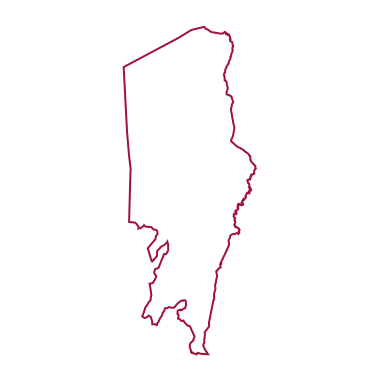 the district of Asuogyaman, Eastern, Ghana, rotated 354°
{"feature_id": "2480657B37277876999120", "entity_name": "Asuogyaman", "entity_type": "district", "adm_level": 2, "iso_a3": "GHA", "parent_name": "Ghana", "parent_adm1": "Eastern", "projection": "equal_earth", "projection_center": [0.144, 6.363], "detail": "fine", "context": "isolated", "style": "outline", "palette": "rose", "viewbox_px": 384, "rotation_deg": 354, "n_neighbors": 0, "source": "geoboundaries", "source_scale": "gbopen_adm2", "svg_char_len": 6050}
<svg xmlns="http://www.w3.org/2000/svg" viewBox="0 0 384 384"><g transform="rotate(354 192 192)"><path d="M253.8,162.9L253.6,162.4L252.9,162.1L252.5,160.7L251.9,159.8L250.5,158.4L249.7,158.1L246.9,154.9L245.7,154.5L244.8,153.4L242.1,152.0L236.1,145.5L236.4,144.5L238.8,140.1L240.7,133.3L240.8,131.7L241.0,131.3L240.4,129.3L239.3,113.8L240.4,111.1L240.8,109.1L242.2,107.2L242.4,106.7L241.7,103.7L241.3,103.0L241.4,101.8L241.2,101.2L240.9,100.8L240.2,100.6L239.8,99.9L236.9,98.7L236.6,98.1L236.6,97.4L237.0,95.9L238.2,93.5L238.4,91.6L238.3,90.7L237.8,88.9L238.0,86.7L237.8,85.9L236.8,84.6L236.2,84.5L236.4,80.9L236.4,80.4L235.9,79.3L236.2,78.7L236.2,78.2L236.6,77.2L237.4,76.4L237.8,74.0L238.1,73.4L239.1,72.2L239.2,71.3L241.0,68.9L241.7,68.3L241.7,67.8L242.0,67.6L242.2,66.7L243.3,64.5L244.2,63.4L244.4,62.3L244.3,61.6L244.8,61.3L245.2,60.9L245.4,59.0L246.4,57.6L246.6,56.7L247.1,56.2L247.3,55.2L247.1,53.1L248.3,51.2L248.3,50.9L247.8,50.2L247.8,48.8L247.6,47.3L247.3,46.8L245.7,45.9L246.3,44.3L246.2,44.1L245.7,43.9L245.8,43.3L246.1,43.1L246.2,42.6L245.6,41.1L245.4,39.5L244.4,39.7L244.2,38.7L243.4,38.3L243.1,38.6L242.8,38.1L242.4,38.2L242.5,37.2L242.0,36.9L241.8,36.4L241.2,36.3L239.9,37.3L239.5,37.2L239.0,37.6L238.3,37.7L234.8,36.9L227.8,34.9L224.3,31.8L222.7,31.1L222.3,30.6L222.3,30.0L221.3,29.0L208.3,30.8L194.7,37.3L137.1,60.6L133.7,125.3L133.2,148.5L133.4,162.5L131.6,175.2L126.3,215.3L132.0,216.4L133.6,218.0L134.0,219.1L134.7,219.8L135.1,221.2L134.9,222.3L135.3,222.0L136.3,222.6L136.7,222.7L140.2,220.8L140.8,220.0L141.1,220.6L142.4,221.5L143.3,221.9L147.9,222.6L149.0,224.3L150.0,225.3L152.4,226.0L153.3,227.1L153.3,230.3L151.5,232.0L150.6,235.2L142.1,243.3L144.2,254.3L144.4,254.5L144.4,255.2L144.6,255.6L144.7,256.7L145.2,256.9L150.5,252.1L151.1,247.2L153.3,245.2L153.5,245.2L153.8,245.0L154.7,243.8L155.3,243.4L158.1,242.2L158.8,241.7L160.0,241.1L161.0,240.3L161.6,239.4L162.2,239.3L162.3,239.1L162.8,241.4L162.3,247.4L161.9,248.1L159.6,251.2L157.7,250.8L150.8,263.9L147.1,265.0L145.9,268.6L147.7,272.2L145.9,275.4L143.4,278.4L140.2,278.8L140.5,281.3L140.8,290.8L140.1,292.2L139.4,295.5L138.9,296.0L137.5,297.0L135.2,300.3L133.4,302.0L133.1,303.3L132.0,305.2L131.8,306.2L129.5,310.5L131.4,312.3L133.7,312.0L135.9,310.4L137.8,311.6L138.8,316.0L138.7,319.5L141.0,319.6L142.0,319.9L142.7,320.7L143.2,320.6L144.0,318.8L144.8,318.0L147.2,314.0L149.2,311.8L150.1,309.4L150.4,308.8L152.1,307.4L152.6,305.3L153.0,304.9L153.6,304.7L155.3,305.0L156.9,304.0L159.1,304.8L162.0,305.2L166.3,301.1L170.1,298.9L170.8,299.0L171.4,299.3L172.7,298.7L173.8,299.1L174.3,299.7L174.5,303.3L172.9,306.9L171.7,307.1L170.4,307.7L169.8,308.3L168.7,307.9L168.2,308.4L167.6,307.9L166.3,308.1L165.7,308.4L165.2,308.9L164.8,311.7L165.4,311.9L165.5,312.9L165.7,313.2L165.8,313.4L165.5,313.8L165.4,314.8L164.8,316.4L165.4,316.6L165.8,316.9L166.3,316.9L167.7,318.9L168.9,319.3L169.3,318.9L169.8,318.9L170.6,319.9L171.1,321.3L172.0,322.0L172.7,323.2L173.5,324.4L174.0,324.7L175.1,324.6L175.6,324.8L176.7,327.5L177.1,329.2L178.1,331.8L178.4,333.2L179.0,334.9L179.5,335.7L179.3,336.6L178.1,338.2L178.0,338.9L178.2,339.3L178.0,339.5L176.7,340.7L175.4,341.4L174.0,343.2L173.6,344.7L173.6,346.3L174.3,349.0L174.5,351.8L175.2,352.0L175.8,351.7L176.0,351.9L176.3,352.6L178.2,353.2L179.2,353.9L180.0,353.8L180.2,353.0L181.4,352.6L182.6,353.4L183.9,353.8L187.4,354.5L191.0,355.0L188.3,349.9L187.1,345.5L187.9,343.8L188.6,343.1L188.7,340.0L189.0,339.0L189.2,338.8L190.0,334.5L189.9,332.8L194.7,327.8L195.1,325.9L195.2,323.7L202.1,301.6L202.6,301.4L202.8,301.1L203.1,298.2L203.2,296.0L205.2,290.8L205.2,286.9L206.0,285.3L207.1,281.2L208.2,278.5L207.8,273.6L208.3,272.8L208.8,272.7L209.2,272.2L209.9,271.9L209.9,271.5L210.4,271.2L211.2,270.4L211.8,270.1L212.5,270.1L212.4,268.4L212.5,267.9L212.5,267.6L212.9,267.3L212.8,267.1L213.3,266.8L213.1,266.4L213.3,266.2L213.0,266.1L213.2,265.9L213.1,265.6L218.7,256.5L223.5,248.2L223.2,244.3L224.6,242.0L225.0,240.8L225.6,239.4L226.3,238.8L227.1,238.4L228.7,238.1L230.6,238.2L231.8,237.6L232.3,237.6L233.3,237.8L233.4,238.1L233.7,238.2L233.7,238.4L233.8,238.5L234.1,237.7L234.3,237.9L234.8,237.5L234.7,237.1L234.8,236.5L234.3,235.8L234.8,235.4L234.9,234.6L235.3,234.5L235.1,234.0L234.5,232.9L233.5,232.4L232.6,231.4L231.9,231.7L231.5,231.6L231.1,229.7L230.6,229.4L230.6,228.8L231.2,228.2L231.6,227.1L232.0,226.5L231.6,225.4L231.6,225.0L231.3,224.8L231.3,224.6L231.6,224.6L231.5,223.6L232.2,222.3L231.3,221.6L230.8,220.6L231.2,219.3L231.2,218.7L231.4,218.4L231.9,218.9L233.9,218.5L233.8,217.7L234.0,217.1L234.1,216.0L233.8,215.8L233.1,216.2L233.1,215.4L233.7,215.0L234.3,214.8L234.7,214.4L235.9,214.2L236.1,213.9L236.3,213.4L235.9,213.2L235.8,212.6L236.3,212.2L236.3,211.7L235.9,211.4L236.5,210.4L236.2,209.7L236.6,208.8L237.0,208.6L237.3,209.2L237.8,209.6L238.3,209.3L238.5,209.7L238.9,209.7L239.6,210.3L240.1,210.0L240.6,210.3L241.2,210.2L241.5,209.4L241.6,208.9L241.2,208.6L241.2,209.5L240.9,209.6L240.6,208.8L240.9,208.7L241.0,208.5L240.4,207.9L240.3,207.7L240.8,207.4L241.0,206.3L241.9,205.0L242.1,204.8L242.2,205.0L241.7,206.1L242.8,205.4L243.0,204.9L243.0,204.1L243.9,204.2L244.7,203.3L245.2,203.0L244.7,201.8L245.1,201.5L245.1,201.0L245.8,200.3L246.0,199.4L246.6,198.9L246.9,198.4L247.2,198.4L248.2,199.3L248.7,199.3L249.2,198.9L249.1,198.2L248.8,197.1L249.2,196.3L249.4,196.2L250.1,196.8L250.5,196.9L251.1,196.3L251.1,195.8L251.0,195.4L249.6,194.2L249.6,193.8L249.9,194.0L250.2,193.8L249.9,193.4L249.4,193.4L249.1,193.1L249.1,192.8L249.4,192.8L249.7,192.5L249.9,191.3L249.6,190.2L249.6,189.4L249.0,189.3L248.6,188.5L248.3,186.6L248.4,186.0L248.5,185.8L249.1,186.0L250.2,185.3L250.6,185.7L251.2,185.5L251.6,184.7L251.5,183.7L251.7,183.4L251.8,182.9L252.2,183.0L252.6,182.6L252.5,181.4L252.6,181.1L253.5,180.7L254.1,181.0L255.0,180.5L255.5,180.5L255.8,180.2L256.0,180.0L255.8,179.5L255.8,178.7L256.2,177.1L257.7,175.6L257.4,175.4L257.4,174.7L257.7,174.3L257.7,172.9L257.0,171.9L256.9,171.4L256.5,171.3L254.2,168.1L253.4,166.3L253.4,165.9L253.6,165.6L253.4,164.6L253.8,162.9Z" fill="none" stroke="#9f1239" stroke-width="2"/></g></svg>